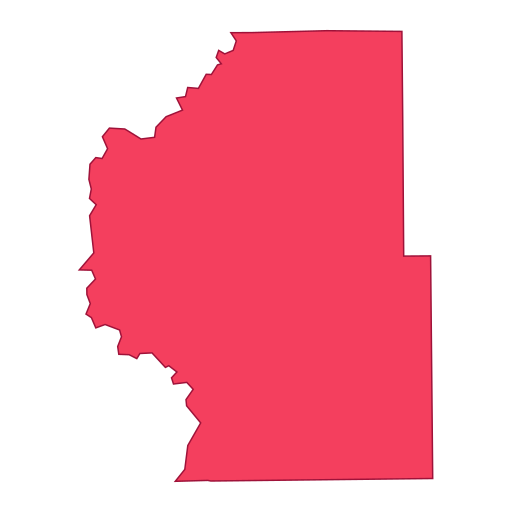 Park, Colorado, United States of America (Albers equal-area conic projection)
{"feature_id": "52423323B59552334476935", "entity_name": "Park", "entity_type": "district", "adm_level": 2, "iso_a3": "USA", "parent_name": "United States of America", "parent_adm1": "Colorado", "projection": "albers", "projection_center": [-105.968, 39.131], "detail": "fine", "context": "isolated", "style": "filled", "palette": "rose", "viewbox_px": 512, "rotation_deg": 0, "n_neighbors": 0, "source": "geoboundaries", "source_scale": "gbopen_adm2", "svg_char_len": 974}
<svg xmlns="http://www.w3.org/2000/svg" viewBox="0 0 512 512"><path d="M430.6,255.9L403.7,256.1L402.7,116.3L401.9,31.4L326.8,30.7L252.0,32.6L230.9,32.7L236.3,40.9L233.2,50.4L224.7,53.9L218.7,50.4L216.2,57.5L221.3,63.8L217.5,64.9L211.4,74.5L206.2,74.3L198.4,88.4L187.7,87.5L185.5,96.6L176.5,98.0L182.5,110.1L166.1,116.7L156.0,127.2L154.6,137.3L141.0,139.0L124.8,129.0L109.4,128.1L102.4,136.7L107.6,148.7L102.1,158.5L95.8,157.6L90.0,164.2L88.9,179.4L91.3,189.0L89.5,198.5L96.2,204.7L89.6,215.7L93.8,252.9L79.3,269.9L91.7,270.2L95.5,279.0L86.8,288.2L86.9,294.6L90.3,303.6L86.0,314.1L91.4,317.6L95.8,327.9L105.1,324.5L119.6,330.0L121.5,336.8L117.7,346.5L118.8,354.3L129.1,354.7L136.8,358.6L139.9,353.5L152.0,352.9L165.4,367.4L168.8,365.7L176.9,372.0L171.5,377.8L173.5,384.0L186.8,382.4L193.2,389.3L186.0,399.6L186.6,405.8L200.7,422.9L187.8,445.5L184.8,469.4L175.3,481.3L207.8,480.4L210.8,481.0L432.7,478.5L430.6,255.9Z" fill="#f43f5e" stroke="#9f1239" stroke-width="1.5"/></svg>